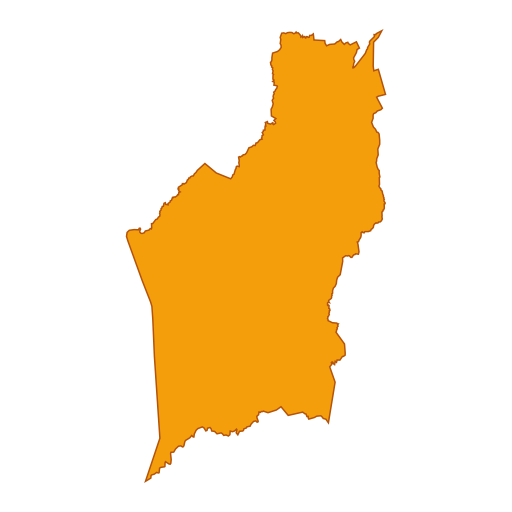 outline of Chu Prong, Gia Lai, Vietnam
{"feature_id": "81297802B50675624734559", "entity_name": "Chu Prong", "entity_type": "district", "adm_level": 2, "iso_a3": "VNM", "parent_name": "Vietnam", "parent_adm1": "Gia Lai", "projection": "equal_earth", "projection_center": [107.843, 13.593], "detail": "fine", "context": "isolated", "style": "filled", "palette": "amber", "viewbox_px": 512, "rotation_deg": 0, "n_neighbors": 0, "source": "geoboundaries", "source_scale": "gbopen_adm2", "svg_char_len": 6019}
<svg xmlns="http://www.w3.org/2000/svg" viewBox="0 0 512 512"><path d="M373.2,66.1L373.6,42.2L378.3,37.4L381.8,30.7L376.2,33.7L375.7,34.7L374.1,34.6L374.4,36.6L370.0,40.9L369.4,42.0L369.7,44.0L367.6,47.5L367.5,48.8L366.7,49.7L365.3,53.4L355.6,65.9L354.1,67.5L353.0,67.9L352.8,67.1L353.4,66.0L353.7,63.5L354.7,61.3L353.8,59.6L353.6,57.9L356.4,52.6L357.1,49.5L359.4,48.1L356.4,41.8L350.2,44.9L348.4,43.5L347.8,42.3L345.9,42.9L344.3,44.4L341.8,41.9L340.7,39.5L338.4,41.6L337.2,41.8L334.7,44.0L329.7,44.4L326.6,45.8L325.1,43.4L324.7,40.6L314.0,40.0L313.3,33.9L311.4,35.4L309.7,35.4L309.1,37.3L308.2,37.4L307.4,36.7L306.3,36.6L305.9,37.9L305.4,38.0L304.5,36.6L303.2,37.2L302.7,36.0L302.4,37.2L301.7,36.3L300.9,36.9L300.9,36.2L300.0,34.7L298.2,32.8L296.6,32.9L296.1,32.0L294.8,33.4L293.7,33.7L291.9,32.5L289.6,32.4L287.4,32.7L285.8,33.6L283.7,32.9L281.7,33.2L280.2,37.4L280.8,39.5L280.2,43.6L281.0,45.1L281.2,47.4L279.6,49.8L277.5,51.5L272.6,53.1L271.9,57.6L271.9,59.9L271.3,61.7L270.5,62.3L270.9,65.0L271.7,65.8L271.6,67.0L272.7,67.8L272.4,69.5L273.1,70.8L272.5,73.7L273.5,74.4L273.0,75.4L272.9,79.1L274.0,80.1L272.7,81.5L274.3,82.1L273.9,85.2L276.8,85.7L277.4,86.2L276.7,88.4L275.6,89.6L275.2,90.9L273.7,92.2L274.2,93.8L273.4,95.0L273.1,96.9L273.6,98.1L272.2,100.3L273.2,103.8L272.2,107.2L271.1,109.2L271.4,115.9L275.9,118.6L273.9,120.4L275.2,121.7L275.6,123.2L273.7,124.6L272.4,123.6L273.0,123.0L272.8,122.7L270.5,124.1L267.7,123.3L267.4,121.6L265.3,122.5L265.8,123.7L265.5,125.0L265.9,126.0L265.1,126.2L264.9,130.1L263.4,130.2L263.3,131.5L262.2,132.5L263.4,134.8L262.0,135.7L262.0,137.1L261.5,138.1L262.1,139.1L259.8,139.8L257.5,142.7L256.0,143.0L255.2,145.5L253.4,145.3L251.8,146.8L248.9,147.8L246.6,152.8L245.0,154.5L243.1,154.8L242.5,155.9L241.6,156.0L240.5,157.0L239.6,156.6L238.6,157.1L239.2,160.7L238.8,162.7L239.3,165.2L239.2,166.6L237.1,166.1L236.2,166.9L236.1,168.3L235.3,169.7L234.0,174.2L232.7,175.0L232.4,176.7L230.7,178.8L216.3,173.0L204.9,163.5L197.3,170.4L195.9,172.6L194.4,173.8L193.4,175.9L192.1,176.0L190.4,176.9L189.8,178.0L188.8,178.0L188.2,179.6L187.4,179.9L186.4,182.6L184.1,184.0L183.6,183.6L183.0,184.0L182.4,183.7L182.1,184.9L178.5,187.2L178.0,188.9L178.8,189.0L178.6,190.8L180.2,191.9L178.8,192.6L178.5,194.7L177.7,194.6L177.1,195.7L175.2,197.1L174.0,196.9L173.2,197.7L172.5,197.4L171.5,200.3L170.3,200.8L170.2,201.9L168.0,203.6L168.1,204.8L165.7,204.4L165.3,202.7L164.0,203.3L163.4,206.3L162.2,206.5L161.8,208.1L161.1,208.5L161.0,210.1L159.8,211.3L160.0,212.4L159.6,213.4L160.0,214.8L159.6,216.4L158.4,217.1L157.4,218.9L155.7,219.6L152.8,223.5L151.5,223.7L151.7,227.9L151.4,228.9L150.3,228.5L148.9,230.1L145.3,231.0L144.2,232.8L142.5,233.4L141.1,233.4L139.8,232.1L139.8,230.9L140.6,229.1L140.0,228.1L139.2,228.3L138.5,229.8L134.2,229.6L129.3,230.3L127.1,232.4L126.5,236.4L127.9,241.0L142.4,281.1L150.6,302.0L151.9,306.4L152.8,319.2L154.4,356.3L159.9,438.2L145.5,481.3L150.8,478.1L151.1,475.5L151.5,475.0L154.4,474.1L156.7,472.4L158.2,473.0L159.1,472.7L159.6,468.1L160.7,467.4L164.5,466.8L164.9,466.5L165.1,462.5L165.5,461.7L169.0,464.0L170.2,464.2L170.8,463.3L171.2,459.6L170.6,453.8L170.9,452.3L173.7,452.1L175.6,448.9L178.5,446.2L180.8,445.9L182.4,446.9L183.0,446.9L183.9,445.8L184.9,441.4L185.6,440.4L189.8,437.8L191.7,435.5L193.2,437.0L193.9,437.0L194.3,434.0L196.1,430.3L197.8,428.6L202.3,426.9L204.0,427.9L205.8,430.9L207.0,430.4L207.6,428.2L210.0,427.5L211.1,428.8L211.7,431.0L214.6,431.4L217.0,433.8L221.1,432.9L222.4,433.7L223.7,435.4L226.1,435.0L228.4,436.0L229.9,434.7L230.2,431.1L232.5,431.7L234.5,431.0L236.5,429.1L236.9,429.7L236.2,432.8L237.8,434.8L239.5,431.3L242.8,431.0L243.5,430.3L243.9,428.8L246.3,428.0L247.0,426.8L250.1,426.2L251.1,424.1L253.6,421.4L255.8,420.9L257.1,422.2L258.0,421.9L258.2,421.2L257.0,417.9L256.8,416.3L258.6,414.7L259.0,412.0L260.4,412.4L261.3,411.5L262.6,411.6L263.3,411.1L268.0,412.7L276.4,410.0L281.0,406.7L288.2,415.4L302.7,412.1L304.9,413.8L306.0,414.0L306.9,416.5L308.1,416.4L308.2,417.8L308.8,419.1L314.4,417.5L316.7,416.2L320.5,415.8L321.5,416.2L323.3,418.5L325.9,419.2L328.4,422.8L335.1,382.2L329.7,366.8L331.8,364.3L331.9,363.6L331.3,362.8L332.1,361.9L332.9,362.4L333.4,363.7L334.6,364.6L335.2,361.3L336.5,362.3L337.1,360.0L339.9,360.1L342.4,356.5L343.4,356.4L345.1,355.2L345.2,353.1L344.5,344.0L336.0,332.2L336.6,330.7L336.5,329.8L337.3,328.9L337.0,327.6L338.1,326.1L337.6,325.0L338.3,323.9L337.3,323.8L336.9,323.1L332.3,322.7L328.1,320.6L328.0,319.3L327.5,318.6L327.9,317.7L327.8,316.7L328.6,316.0L329.3,314.3L328.9,313.3L329.5,311.8L329.2,311.0L330.0,310.2L329.5,308.5L328.8,308.3L329.1,305.7L328.6,305.1L327.9,305.5L327.5,305.0L327.6,302.8L328.4,302.2L329.3,302.5L328.6,301.3L328.7,300.4L331.2,298.5L331.6,297.6L331.6,296.1L332.1,295.3L331.8,293.9L332.6,293.2L332.6,290.6L333.4,288.1L335.1,286.3L336.3,283.7L336.7,280.0L337.6,277.2L340.2,274.7L342.7,261.5L342.6,257.9L345.7,255.7L347.8,256.0L348.4,255.6L349.4,255.8L350.9,257.4L351.9,257.4L353.6,254.9L355.1,254.5L355.5,253.8L358.4,254.2L359.0,251.8L358.0,244.4L357.3,242.0L358.5,241.7L359.1,240.0L360.7,237.4L361.1,235.8L361.1,232.7L362.2,231.8L363.1,232.7L364.3,232.7L364.5,231.9L365.2,231.6L368.2,231.6L370.7,230.7L371.1,229.4L372.5,228.5L373.4,227.1L373.6,225.5L374.4,224.1L376.1,222.8L376.8,223.2L378.2,222.8L378.5,222.1L380.2,221.9L381.4,220.8L382.3,219.0L381.9,216.6L382.1,216.1L381.9,212.1L382.8,211.3L383.1,210.0L383.6,209.9L384.3,208.2L384.2,204.0L385.1,203.7L385.0,202.5L384.1,201.4L383.9,199.9L384.3,199.4L383.8,198.4L383.9,197.5L383.4,196.9L383.4,195.6L382.7,194.0L382.1,191.0L380.9,189.9L380.9,188.9L379.7,187.6L378.9,186.1L379.5,184.4L379.3,177.6L379.9,177.0L379.2,173.4L379.2,170.5L378.2,169.5L377.1,166.9L376.1,162.4L376.6,161.2L376.7,158.8L378.2,154.9L377.8,149.0L379.7,144.3L379.7,140.2L379.1,134.0L378.0,132.4L376.8,132.1L375.5,129.3L373.4,127.0L371.6,122.4L373.1,118.3L373.1,115.1L373.7,113.6L375.8,112.7L377.3,111.0L380.9,109.7L382.4,108.2L376.6,97.2L378.3,96.2L385.5,94.4L378.3,69.3L373.8,70.8L373.2,66.1Z" fill="#f59e0b" stroke="#b45309" stroke-width="1.5"/></svg>